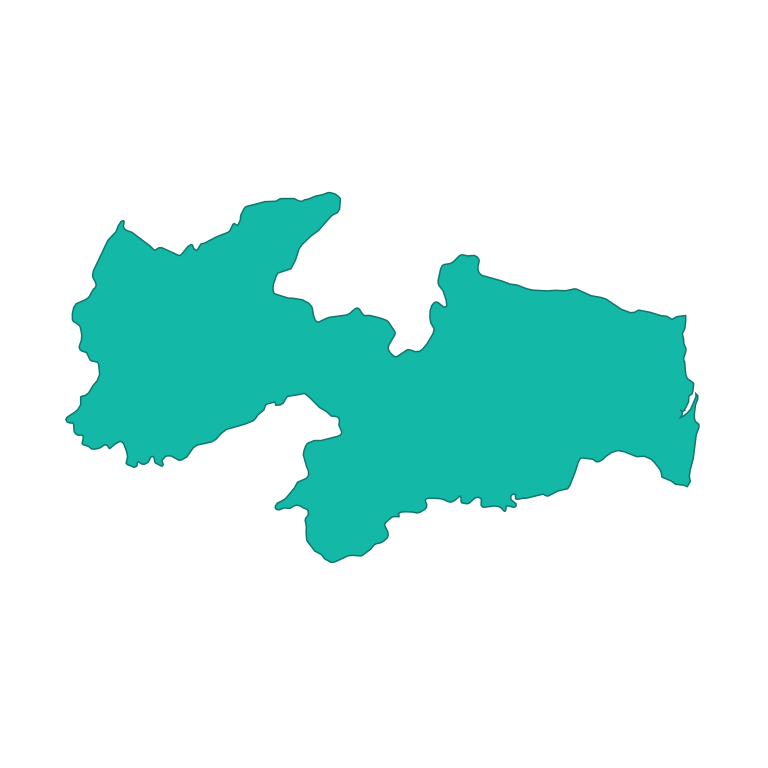 the border of Paraíba, rotated 7°
{"feature_id": "BRA-626", "entity_name": "Paraíba", "entity_type": "State", "adm_level": 1, "iso_a3": "BRA", "parent_name": "Brazil", "parent_adm1": "", "projection": "orthographic", "projection_center": [-36.992, -7.153], "detail": "fine", "context": "isolated", "style": "filled", "palette": "teal", "viewbox_px": 768, "rotation_deg": 7, "n_neighbors": 0, "source": "natural_earth", "source_scale": "10m", "svg_char_len": 6098}
<svg xmlns="http://www.w3.org/2000/svg" viewBox="0 0 768 768"><g transform="rotate(7 384 384)"><path d="M675.1,279.3L675.8,284.8L675.8,292.2L674.0,297.8L676.0,303.3L676.6,307.1L679.5,312.2L679.5,315.2L678.2,322.0L679.4,325.5L679.5,324.5L682.4,337.9L684.4,341.7L690.5,344.9L691.4,346.1L691.4,353.9L691.0,356.1L688.1,358.9L688.5,364.5L685.5,373.1L685.8,373.4L683.7,375.1L681.4,373.4L682.9,375.0L683.6,376.8L683.5,378.9L682.5,381.1L685.5,379.0L688.8,375.5L691.4,371.6L695.2,358.7L694.7,355.6L696.9,357.5L697.2,360.5L695.7,366.7L695.7,376.2L696.5,381.1L697.9,383.4L701.4,385.7L701.9,388.6L700.1,396.2L700.0,420.2L698.4,432.1L698.3,438.5L699.9,443.4L697.5,448.9L693.9,447.9L685.6,448.0L680.7,445.2L672.0,442.8L671.0,442.2L670.2,438.7L668.5,435.4L661.8,428.7L658.3,426.1L651.4,424.0L643.6,425.3L631.0,422.0L625.2,421.5L622.3,422.2L617.8,424.6L613.2,428.7L610.1,432.5L606.7,434.9L604.3,435.3L600.2,433.2L589.4,433.2L587.9,434.1L586.3,438.0L584.7,447.1L580.9,462.0L579.0,465.6L570.0,468.8L560.7,475.1L559.0,475.3L555.1,474.0L540.1,479.7L534.7,480.8L530.8,482.2L529.1,482.1L528.5,481.6L528.1,477.9L525.9,477.3L525.0,477.7L523.6,479.8L523.8,482.5L524.8,483.7L529.6,486.7L530.0,488.4L529.5,489.7L527.8,490.6L521.3,489.8L520.2,491.0L520.2,494.4L519.7,495.4L519.0,495.7L515.5,492.8L513.1,491.8L511.1,491.6L507.7,491.7L498.7,494.1L496.7,494.0L495.1,492.4L494.7,486.5L492.5,485.1L490.5,485.0L488.0,486.2L483.1,491.9L480.7,492.8L475.7,492.5L474.8,491.3L474.3,487.4L472.8,486.1L468.5,490.9L464.9,493.1L461.7,492.9L457.6,491.5L453.7,490.9L443.1,491.7L440.8,492.4L439.4,493.2L439.2,494.9L441.2,498.4L441.2,501.2L440.0,503.3L435.7,506.7L432.6,508.0L427.6,507.6L420.1,508.3L416.2,509.2L414.1,510.9L415.1,513.0L415.0,513.9L411.0,514.2L407.9,515.2L402.6,521.3L401.8,522.7L401.9,524.3L405.8,530.3L406.6,533.9L406.1,536.2L402.8,540.1L400.0,542.0L396.0,543.4L393.8,544.8L390.9,549.6L383.1,557.0L381.9,557.5L373.5,557.9L369.1,559.0L357.4,566.3L355.0,567.2L352.9,567.4L346.5,564.8L342.7,561.0L335.6,558.2L327.1,549.5L326.3,548.2L324.8,540.8L324.3,534.8L322.4,529.0L322.5,527.1L324.2,524.4L324.7,522.1L324.3,519.7L322.8,517.8L318.4,516.6L316.2,515.4L312.5,514.8L310.0,515.7L305.7,518.9L299.9,519.2L295.4,521.7L292.5,521.6L291.1,520.1L291.1,518.5L292.5,515.4L298.8,511.1L300.7,509.1L307.7,498.2L310.2,492.0L318.4,487.1L319.9,484.9L320.1,482.0L319.5,479.3L317.1,475.1L312.5,464.1L312.7,460.2L313.7,455.5L315.2,452.2L321.8,448.6L328.4,447.8L344.6,441.5L347.2,439.7L348.0,437.5L347.5,435.9L344.2,430.3L344.2,425.4L343.2,423.2L341.0,422.1L335.6,422.2L330.1,418.3L323.0,415.2L310.7,405.6L306.0,403.0L302.1,404.5L290.2,407.9L289.0,409.0L286.3,415.3L283.6,417.4L279.3,418.3L278.1,415.6L277.5,415.3L270.2,418.2L268.9,419.6L268.0,424.3L262.6,430.1L260.7,433.8L258.8,436.3L251.0,440.7L233.1,448.3L228.5,452.8L223.9,459.4L219.7,462.6L206.2,467.3L202.6,470.3L197.1,480.5L192.4,484.0L189.7,484.7L181.7,481.4L178.1,481.6L175.9,482.5L173.2,486.5L173.2,488.0L174.7,490.8L174.1,492.4L173.2,492.6L166.8,490.3L166.0,489.2L164.7,484.9L162.8,484.1L161.5,485.0L159.6,490.2L156.2,492.8L153.2,493.0L149.7,491.0L148.8,492.0L148.8,494.9L148.3,495.8L146.2,497.2L138.8,495.1L137.7,494.0L138.4,487.5L136.8,482.5L133.0,475.1L131.2,473.6L129.3,473.0L124.8,476.0L120.0,481.2L119.1,481.4L116.8,478.6L114.7,478.4L113.6,478.8L110.1,481.9L108.2,482.8L104.8,483.9L101.7,484.1L98.3,481.9L92.7,480.9L91.6,479.7L92.1,474.0L91.4,471.9L89.9,471.6L86.5,472.1L83.9,470.9L82.5,469.2L81.9,467.6L81.2,463.1L80.3,460.6L77.1,461.0L74.1,460.3L72.5,458.0L73.5,455.6L80.6,449.6L83.5,446.2L85.5,441.4L84.5,433.9L85.4,433.0L89.1,431.7L92.0,428.7L95.3,421.2L98.9,415.7L100.6,409.3L98.4,399.4L97.6,397.8L96.2,397.2L90.7,396.7L89.3,395.9L85.0,389.1L79.8,388.0L78.3,387.1L77.1,385.2L77.1,383.1L78.3,377.4L78.1,372.9L77.3,369.4L75.5,364.4L74.6,363.2L71.8,361.4L68.1,359.9L66.9,358.0L66.1,352.4L66.7,345.8L68.7,341.9L77.5,336.6L79.5,334.9L80.8,333.2L83.9,325.4L85.5,323.8L86.2,322.0L86.2,320.5L84.8,317.5L82.5,314.4L81.5,311.7L81.8,307.0L92.4,275.1L99.4,265.6L101.0,259.3L103.2,254.8L104.2,254.1L105.6,253.7L106.3,254.6L106.1,259.6L107.8,261.9L109.8,262.9L115.4,264.2L135.1,275.6L139.4,279.0L140.3,279.2L143.9,276.3L146.9,275.8L164.8,281.5L166.2,281.0L167.2,280.0L172.6,271.5L175.5,269.1L176.8,269.3L178.7,272.8L182.0,274.4L185.2,267.4L188.8,266.0L199.9,258.3L210.8,252.4L212.4,250.6L214.6,244.0L215.7,243.0L219.2,244.4L219.9,243.4L221.4,238.8L221.2,234.1L223.5,227.6L224.6,225.6L226.0,224.5L243.7,217.5L254.7,215.7L257.7,213.1L259.3,212.5L272.0,210.9L276.7,212.5L278.4,212.8L281.0,212.4L282.6,210.9L286.4,209.7L293.1,205.9L299.6,203.7L304.9,201.0L306.8,200.6L311.9,201.2L315.3,202.9L318.2,205.5L318.6,215.9L316.8,219.6L312.8,222.2L310.6,224.5L300.3,239.6L293.3,246.2L285.3,256.1L283.2,260.4L281.1,271.6L277.6,281.0L265.2,286.8L263.9,289.9L262.1,298.5L262.1,302.4L262.9,305.8L263.9,307.4L266.4,308.2L278.4,310.4L283.7,310.0L292.8,310.4L299.2,312.9L302.1,315.3L303.5,317.2L305.6,324.3L307.8,328.8L309.7,330.4L311.6,330.6L318.8,325.8L322.2,324.3L338.1,320.2L341.4,318.2L345.3,313.6L347.4,312.0L348.8,311.9L350.4,312.7L354.2,317.2L356.1,318.5L361.5,317.7L372.2,319.0L378.3,320.4L380.6,321.6L388.4,330.7L388.9,332.4L388.7,334.1L384.1,344.5L383.7,348.0L384.6,350.0L386.3,352.1L389.5,354.8L391.7,355.6L393.4,355.3L402.8,347.3L405.4,346.8L410.8,348.1L415.3,347.3L417.9,344.9L421.5,339.5L426.4,328.4L427.2,324.1L426.7,322.6L423.0,317.6L421.5,312.6L420.9,305.6L421.8,300.5L423.9,297.2L425.2,296.4L426.7,296.3L428.1,296.8L433.6,300.2L435.2,300.2L436.5,299.4L436.7,298.0L435.4,293.1L431.2,284.2L426.7,279.7L425.7,277.9L425.1,274.9L426.2,262.8L427.3,259.7L428.8,258.2L435.3,256.3L438.0,254.2L443.0,247.8L444.6,246.6L446.3,246.2L451.7,246.7L457.9,245.4L461.1,246.6L462.8,248.4L463.5,250.2L462.9,256.4L463.7,259.8L464.7,261.8L467.5,264.2L488.4,267.4L496.3,269.4L504.2,269.6L514.1,272.1L520.2,272.7L534.9,271.7L542.1,270.2L553.0,269.3L561.3,266.4L563.4,266.3L578.6,271.1L589.2,271.7L594.1,272.7L610.6,281.0L619.9,283.2L624.0,282.3L627.8,279.6L639.4,280.4L650.5,282.4L656.4,282.3L661.5,284.6L662.9,284.2L665.4,282.1L667.3,281.2L675.1,279.3Z" fill="#14b8a6" stroke="#0f766e" stroke-width="1.5"/></g></svg>